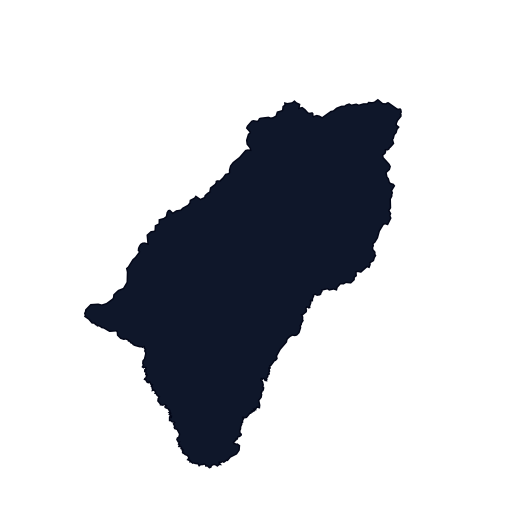 outline of Wiang Pa Pao, Chiang Rai, Thailand, rotated 217°
{"feature_id": "78962969B36758186979365", "entity_name": "Wiang Pa Pao", "entity_type": "district", "adm_level": 2, "iso_a3": "THA", "parent_name": "Thailand", "parent_adm1": "Chiang Rai", "projection": "mercator", "projection_center": [99.403, 19.272], "detail": "fine", "context": "isolated", "style": "filled", "palette": "ink", "viewbox_px": 512, "rotation_deg": 217, "n_neighbors": 0, "source": "geoboundaries", "source_scale": "gbopen_adm2", "svg_char_len": 6042}
<svg xmlns="http://www.w3.org/2000/svg" viewBox="0 0 512 512"><g transform="rotate(217 256 256)"><path d="M228.4,459.9L229.4,460.1L230.8,458.5L232.5,458.2L242.5,457.9L243.2,457.3L243.8,455.6L246.5,453.8L252.7,454.1L253.9,450.0L255.5,448.2L258.4,446.4L258.5,444.5L261.7,442.1L264.6,438.2L267.3,437.5L270.6,433.7L273.0,433.4L274.7,430.9L275.2,429.0L277.8,426.9L280.5,422.5L281.4,418.3L283.1,416.5L286.3,406.2L289.7,405.7L292.0,404.7L294.0,401.8L295.0,402.2L296.4,403.9L297.3,404.0L298.9,402.2L300.5,401.4L305.1,402.3L308.4,402.3L310.6,399.7L312.4,403.3L316.0,402.5L318.5,402.8L319.1,400.3L319.8,399.4L322.7,396.4L325.0,395.5L323.6,393.9L324.3,391.7L322.5,388.7L322.6,387.6L325.5,383.8L324.1,379.8L325.6,376.6L327.2,374.9L329.5,374.2L335.1,368.8L335.8,367.8L335.5,365.7L335.8,364.3L339.5,362.4L340.4,361.1L340.9,354.6L340.4,352.6L335.1,351.5L334.8,350.6L335.2,348.6L333.1,342.9L330.3,340.0L325.8,338.9L323.8,337.2L326.4,335.6L327.7,334.0L328.3,324.8L330.4,317.0L330.4,312.6L328.8,308.7L327.3,306.8L327.2,305.5L329.3,302.9L329.2,298.8L329.9,294.1L332.1,292.6L332.6,291.7L331.7,290.3L331.6,288.5L333.2,283.0L331.3,279.3L332.3,276.9L332.9,273.7L332.1,271.8L334.4,267.6L339.9,267.4L339.8,265.3L341.9,260.9L340.6,258.6L340.7,255.6L343.2,250.1L343.5,247.4L346.7,244.1L348.1,240.0L352.3,240.5L353.2,239.5L353.0,237.2L351.2,233.5L352.1,230.4L355.0,226.7L352.6,223.4L354.5,219.6L351.8,215.6L352.0,214.5L354.4,212.2L355.4,207.2L349.4,200.6L352.8,199.2L354.2,197.9L355.0,195.9L354.9,194.0L354.4,191.6L353.2,189.6L351.6,189.4L351.3,188.7L351.3,182.3L352.0,179.0L351.2,170.3L351.7,168.2L349.0,165.9L343.0,157.5L342.2,150.3L345.0,145.8L345.3,144.5L346.1,139.5L344.7,137.2L344.4,135.6L346.6,128.1L349.6,123.9L353.0,122.5L358.6,117.7L359.5,110.6L358.5,108.7L358.3,107.2L356.5,105.9L356.3,104.8L351.5,105.0L346.7,103.9L344.4,105.3L343.0,104.7L342.0,105.1L340.6,104.8L340.2,105.5L337.9,106.2L336.3,106.0L334.3,107.0L327.6,107.8L322.6,112.2L321.2,112.1L318.9,109.5L314.6,108.9L311.5,109.9L310.2,111.4L307.8,112.1L306.7,111.4L305.8,112.0L303.5,111.4L302.2,111.9L300.8,111.4L299.1,111.7L294.4,113.5L292.4,114.9L291.8,114.8L290.8,116.4L289.3,115.0L288.0,114.9L287.7,113.2L286.6,112.9L285.2,111.6L283.0,106.6L283.1,104.2L281.5,101.8L280.3,101.5L280.0,99.1L278.6,99.1L277.9,100.3L276.9,100.6L275.5,98.8L276.3,98.2L275.3,96.7L273.9,97.1L272.7,95.0L271.9,95.7L271.4,95.3L270.6,92.3L271.0,91.3L270.8,90.4L269.6,90.8L267.0,89.7L265.8,90.0L265.5,90.3L265.9,91.3L265.3,91.7L262.4,90.2L261.4,90.8L261.1,88.9L259.8,88.7L258.9,87.5L258.1,87.3L257.8,86.3L256.8,87.5L255.1,87.3L254.1,86.6L254.0,85.7L253.2,86.1L251.0,85.2L248.4,85.3L248.3,83.3L247.1,81.2L243.2,80.3L242.8,79.7L240.7,80.8L239.7,82.5L237.4,82.5L238.0,81.0L237.4,80.4L234.0,81.2L232.7,80.5L232.0,80.8L231.0,79.8L231.3,78.7L230.6,78.8L230.4,79.5L229.5,79.1L229.9,77.4L227.2,77.4L226.5,76.1L227.6,75.7L228.1,76.3L228.1,75.4L226.0,72.6L224.5,73.4L223.1,73.1L221.8,74.1L220.7,74.0L220.9,72.3L218.3,71.1L218.2,70.0L217.1,69.3L214.6,70.1L209.8,67.8L208.6,65.0L209.2,63.3L208.7,61.8L206.1,60.7L205.2,61.4L204.6,59.1L203.5,59.3L203.0,57.5L201.5,58.5L200.1,58.0L199.9,57.1L198.6,57.4L198.2,56.7L197.6,57.1L196.5,55.0L195.3,54.6L194.5,55.1L193.3,54.8L190.6,55.5L188.0,54.4L188.0,52.2L185.4,52.9L184.9,51.9L184.2,52.5L181.8,52.5L181.1,53.6L180.0,53.6L178.2,54.6L177.7,55.4L175.2,54.3L174.8,56.0L172.9,57.5L172.2,58.8L170.5,58.9L169.7,58.1L168.5,59.2L165.8,58.9L165.0,60.2L165.4,61.4L165.0,63.3L163.2,64.9L160.5,65.1L160.1,67.3L159.1,68.0L160.7,68.2L161.3,69.2L160.1,69.6L158.9,71.8L157.6,72.0L156.6,75.3L155.8,75.6L155.6,79.9L152.5,86.2L152.7,90.8L155.1,94.6L157.9,94.5L158.7,93.5L160.2,93.5L160.7,92.9L161.9,93.5L161.3,96.8L161.8,97.7L160.9,98.4L161.7,101.1L160.5,102.0L160.1,104.2L160.6,104.8L162.3,105.0L163.8,106.6L164.3,108.6L165.6,110.4L166.2,113.1L167.1,114.2L166.7,115.2L167.7,116.3L168.1,118.3L169.5,119.1L168.8,119.7L168.2,119.5L166.5,121.4L166.3,126.9L165.6,127.3L165.9,129.6L165.0,129.5L165.1,130.5L164.5,130.8L164.7,131.6L164.4,131.5L165.1,132.0L164.4,132.0L164.9,133.2L163.9,133.2L164.6,134.5L164.3,134.3L164.3,135.9L162.0,136.9L163.3,139.1L167.0,142.3L166.9,146.3L168.2,148.8L169.6,149.6L169.4,150.5L170.0,151.0L169.5,152.7L170.1,154.5L170.9,155.6L172.0,155.3L172.6,157.3L174.8,159.2L175.7,159.7L177.3,159.6L178.0,161.4L176.7,161.5L176.8,162.2L175.8,163.1L173.9,162.1L172.6,162.8L173.3,163.4L173.2,164.1L174.3,164.6L174.0,166.6L175.3,168.5L174.5,169.2L174.6,169.9L175.8,170.8L175.9,172.2L178.1,173.9L178.2,174.3L177.4,174.4L177.3,175.0L179.0,176.6L178.3,177.7L178.4,183.3L177.7,184.4L177.5,186.7L179.5,188.5L180.6,196.0L180.0,205.6L181.1,207.9L181.1,209.2L180.5,212.3L179.4,214.7L177.2,215.9L176.0,217.4L175.6,220.7L177.3,225.6L178.9,227.1L178.6,228.4L179.4,229.8L179.6,232.7L180.6,233.2L182.0,235.3L184.1,236.5L183.5,237.1L182.4,241.7L183.3,243.3L184.4,243.5L184.8,245.7L184.0,246.3L182.7,246.3L182.1,247.2L183.0,248.0L184.1,251.6L185.6,252.9L185.5,253.7L184.7,253.5L184.1,254.2L185.3,255.9L185.9,258.6L186.7,259.3L185.8,261.1L183.6,261.5L181.8,263.4L181.5,264.7L182.1,265.5L182.1,267.4L182.9,268.5L180.1,271.9L179.1,273.0L177.1,273.0L174.2,276.4L171.4,277.4L172.4,279.7L172.0,284.6L169.4,286.5L168.4,289.0L164.2,291.6L163.4,296.1L164.8,298.1L164.1,300.5L166.6,303.4L165.5,305.0L162.6,306.3L161.0,314.4L158.9,315.0L159.7,317.7L161.0,319.1L159.5,323.0L160.6,326.0L160.8,328.3L162.1,328.8L163.4,330.6L166.8,331.4L168.4,333.5L168.4,334.6L170.1,336.2L169.5,338.6L170.0,343.6L172.6,350.1L173.4,357.8L172.4,359.5L169.9,360.4L171.2,367.4L173.4,368.6L174.1,370.9L177.3,372.2L177.6,375.4L183.1,382.3L183.6,385.5L184.9,387.2L185.1,388.4L187.2,389.8L187.7,395.3L189.5,395.8L192.4,394.7L194.2,395.2L196.9,397.3L199.0,397.8L202.4,400.9L201.6,405.3L202.7,408.2L205.0,409.3L213.8,411.0L215.6,412.8L214.8,415.6L215.4,417.3L216.6,418.7L214.9,420.0L214.3,421.4L214.7,422.7L214.3,423.7L213.9,428.6L217.2,431.1L217.2,432.6L218.7,436.1L218.4,438.8L219.7,442.0L219.6,444.8L222.7,444.9L223.8,446.3L224.6,449.3L224.4,454.8L225.3,456.1L226.2,456.2L226.7,458.3L228.4,459.9Z" fill="#0f172a" stroke="#020617" stroke-width="1.5"/></g></svg>